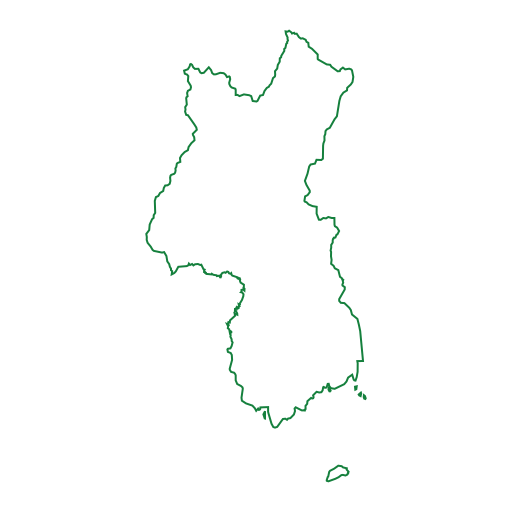 outline of Mueang Phangnga, Phangnga, Thailand
{"feature_id": "78962969B58835722808395", "entity_name": "Mueang Phangnga", "entity_type": "district", "adm_level": 2, "iso_a3": "THA", "parent_name": "Thailand", "parent_adm1": "Phangnga", "projection": "equal_earth", "projection_center": [98.498, 8.471], "detail": "fine", "context": "isolated", "style": "outline", "palette": "green", "viewbox_px": 512, "rotation_deg": 0, "n_neighbors": 0, "source": "geoboundaries", "source_scale": "gbopen_adm2", "svg_char_len": 6020}
<svg xmlns="http://www.w3.org/2000/svg" viewBox="0 0 512 512"><path d="M184.1,70.6L184.8,73.7L187.1,74.6L188.3,76.1L187.9,81.1L190.7,85.7L191.0,87.2L190.4,89.5L187.9,90.8L187.1,93.0L187.6,96.3L186.4,97.3L186.2,98.4L186.8,104.6L185.2,107.1L185.5,109.5L185.1,111.6L186.2,114.9L187.9,115.2L194.4,124.5L196.3,127.5L196.8,129.8L192.8,133.8L192.9,134.8L194.2,137.2L194.5,140.3L191.4,143.1L188.6,147.0L187.9,150.2L184.7,152.0L181.6,155.2L180.0,158.0L180.3,161.9L177.5,163.0L176.8,163.8L176.3,166.9L175.4,168.5L175.6,170.6L175.1,172.7L174.2,173.8L171.2,174.9L170.5,175.7L170.1,177.6L170.4,180.9L169.7,183.8L167.6,185.3L165.2,185.5L163.8,188.0L163.2,191.0L160.0,193.0L158.3,196.0L155.9,197.1L154.8,200.9L155.2,212.9L153.7,215.2L153.6,217.9L152.1,219.2L149.7,224.5L149.2,230.1L146.3,233.9L146.8,237.0L146.7,239.9L147.6,242.8L150.7,246.6L152.6,249.9L153.9,250.9L162.1,252.6L164.1,252.1L166.4,256.0L167.3,261.4L169.2,264.1L169.9,266.9L171.0,268.6L171.0,270.2L172.2,271.2L171.7,274.4L174.3,273.0L175.8,271.4L178.3,266.8L186.8,266.1L188.3,265.3L188.9,263.6L190.1,265.0L192.1,264.0L193.4,265.4L195.0,264.3L197.9,264.0L200.3,265.0L201.3,264.7L203.5,269.2L204.5,269.6L204.1,270.1L204.1,271.9L204.9,271.8L205.1,272.9L206.0,272.9L206.3,273.9L211.5,274.4L211.8,273.8L213.3,274.8L216.6,275.3L216.9,276.1L219.2,275.7L220.1,277.3L220.7,277.3L221.2,276.0L220.8,275.0L222.4,272.9L224.6,272.3L225.6,272.8L227.1,271.5L228.3,271.9L229.0,273.3L230.6,273.8L231.2,273.2L231.6,274.8L232.3,275.6L237.7,277.4L237.9,277.8L237.6,278.4L238.4,278.8L239.0,278.1L239.7,278.2L240.2,279.5L239.9,280.7L240.6,282.6L243.9,284.7L243.8,287.4L243.5,287.8L244.5,288.7L244.4,290.6L243.1,289.5L241.5,289.9L241.5,291.7L241.0,292.2L242.2,292.5L243.5,294.2L243.3,296.2L242.0,299.9L239.7,303.7L239.9,304.4L239.3,304.7L238.7,304.3L238.9,305.4L239.5,306.2L238.6,306.8L238.7,308.0L238.2,308.3L237.4,307.5L237.0,308.5L236.5,307.5L235.9,308.7L235.0,308.9L234.9,311.3L235.7,310.7L237.2,313.4L237.3,314.7L234.6,313.5L235.1,315.7L230.0,320.4L229.8,322.5L228.4,322.1L228.1,323.0L228.5,324.6L227.0,324.0L228.1,326.2L227.8,328.2L229.2,329.3L229.8,332.5L230.8,331.3L231.3,331.7L231.3,332.5L230.1,333.3L230.1,334.1L230.7,335.0L230.4,336.7L231.6,339.2L231.7,341.0L232.6,342.4L231.6,346.1L230.4,348.4L227.8,348.8L227.4,349.5L227.9,351.9L230.7,353.0L231.8,355.0L232.1,359.9L229.7,368.8L229.8,369.8L231.1,371.9L234.1,372.7L235.2,374.1L235.7,375.3L235.7,380.4L237.2,384.0L241.0,386.0L242.5,387.4L242.8,388.7L241.5,397.7L241.9,400.7L246.0,403.4L252.4,405.6L254.8,408.2L256.2,410.8L258.1,408.6L258.9,409.9L259.6,409.7L260.2,409.0L260.4,407.4L268.1,407.1L268.1,411.8L268.5,413.4L271.5,423.7L273.3,427.0L275.0,427.6L277.2,426.9L282.9,419.0L285.3,418.7L287.0,419.8L288.0,418.6L290.4,418.1L293.9,414.5L295.0,411.1L294.6,408.5L295.7,407.3L301.8,410.4L303.6,410.4L304.5,409.8L304.9,410.3L305.6,409.0L305.5,405.9L307.2,403.8L307.4,401.2L311.1,397.9L312.1,398.5L313.2,398.2L313.6,397.2L313.1,395.3L316.6,391.8L319.2,392.5L321.4,392.2L322.6,390.4L323.2,387.2L323.7,386.9L325.0,387.8L326.6,387.5L327.7,383.9L328.7,383.8L329.3,386.2L331.0,388.2L334.7,388.8L344.2,384.2L346.5,381.5L348.1,377.6L352.2,374.7L353.7,379.6L354.4,380.4L355.5,380.6L356.7,377.1L357.6,371.8L357.7,363.3L357.3,361.1L363.0,361.0L360.2,331.1L358.9,324.8L357.4,318.9L352.0,314.5L350.8,310.0L349.3,307.8L344.4,303.1L340.8,302.8L339.2,300.9L339.2,299.1L344.7,289.5L344.8,287.2L342.5,285.5L342.4,284.5L343.2,282.7L342.8,281.0L343.2,279.9L342.2,279.5L342.3,278.8L341.7,278.1L340.0,276.8L338.3,270.1L334.8,268.3L333.6,265.8L331.1,263.8L331.6,259.9L331.0,256.3L331.1,251.9L330.6,250.6L331.2,247.7L331.2,244.9L332.7,242.6L332.7,240.2L333.1,238.8L333.7,238.5L333.8,237.7L335.4,237.5L336.5,234.7L337.4,234.4L339.1,231.0L337.1,227.6L334.9,226.2L334.5,224.8L334.4,218.0L331.7,218.0L328.3,217.0L326.0,218.4L323.3,218.0L320.7,219.8L318.9,219.7L316.6,213.6L316.7,206.8L312.5,206.1L308.6,204.4L306.6,202.3L304.8,201.6L304.4,200.9L305.1,196.4L307.6,195.1L309.8,192.1L309.7,190.6L306.4,184.8L304.9,180.9L307.5,173.7L309.2,166.5L310.6,164.5L315.0,163.6L316.5,159.8L321.3,160.0L322.9,158.7L323.1,145.7L323.4,143.4L324.5,140.5L324.4,136.2L325.3,134.1L325.5,131.1L326.8,129.4L329.8,127.8L334.6,119.2L336.9,116.3L339.4,100.8L340.7,96.3L343.4,92.6L347.0,90.4L347.2,87.8L350.8,84.5L352.5,82.0L353.3,76.9L352.0,70.4L351.2,69.4L349.2,68.7L345.2,69.4L342.9,67.6L340.4,69.5L339.8,71.1L337.7,71.3L331.4,66.7L330.2,64.8L326.7,64.4L318.1,59.5L317.7,59.0L317.7,54.5L312.0,48.8L308.7,46.7L308.3,42.8L306.5,41.8L305.7,39.8L302.7,38.3L300.9,38.6L299.0,37.2L296.7,33.7L294.7,33.8L294.1,32.8L292.0,33.5L291.5,32.5L289.1,30.7L287.6,31.7L285.6,31.4L286.0,34.0L287.6,37.5L287.5,38.9L288.0,40.5L287.1,41.9L287.2,43.0L286.3,43.7L285.4,47.9L284.2,49.0L284.3,50.9L281.3,55.8L281.1,57.3L279.8,58.3L279.7,61.7L277.8,64.9L277.2,68.6L275.0,71.2L275.2,74.8L274.9,76.5L273.0,78.1L271.2,83.7L269.5,85.4L268.9,86.7L266.8,87.9L264.5,91.0L263.0,95.0L260.2,95.6L257.5,100.9L256.5,101.5L252.7,101.0L251.2,96.1L249.1,95.2L243.9,94.4L239.5,96.1L237.5,94.9L235.7,95.0L235.7,89.8L235.3,88.7L231.7,87.5L230.4,86.3L229.3,84.0L229.2,82.7L230.2,79.2L229.8,76.9L229.2,76.4L227.0,77.1L225.5,74.6L223.7,73.2L220.2,72.8L215.9,74.3L213.9,74.4L212.2,73.1L211.1,70.1L208.8,67.3L203.8,72.8L201.5,73.2L200.2,72.4L198.4,68.8L194.9,68.9L193.2,67.3L192.1,64.9L190.9,64.0L190.1,64.4L189.7,66.3L187.8,69.3L184.1,70.6ZM346.8,468.3L343.0,467.4L341.7,466.2L338.3,465.7L334.1,468.7L330.0,470.8L329.2,471.9L328.2,476.6L327.7,477.0L326.7,480.2L326.8,480.8L328.4,481.3L335.3,478.8L338.6,477.2L341.4,475.1L342.9,474.9L345.5,475.5L347.3,474.6L347.7,473.5L348.5,474.4L347.9,473.4L348.6,471.8L346.6,469.5L346.8,468.3ZM265.0,418.5L265.0,411.2L263.4,414.4L264.7,418.4L265.0,418.5ZM360.6,396.1L361.2,393.5L360.9,392.6L358.7,394.5L359.2,395.4L360.6,396.1ZM356.7,386.3L355.0,386.7L355.3,389.7L356.3,389.2L356.7,386.3ZM365.7,398.3L364.9,396.0L363.9,395.2L363.7,397.0L364.2,398.6L365.3,399.0L365.7,398.3ZM330.0,391.4L330.6,390.7L328.9,387.8L328.5,389.6L329.4,391.3L330.0,391.4Z" fill="none" stroke="#15803d" stroke-width="2"/></svg>